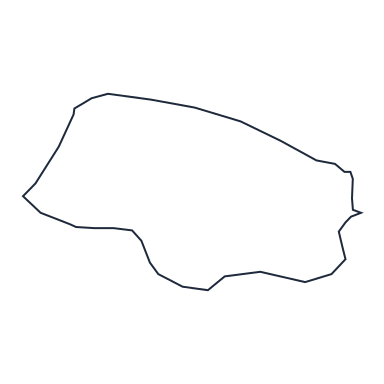 map outline of Vrapcište (Robinson projection)
{"feature_id": "MKD-2959", "entity_name": "Vrapcište", "entity_type": "Statistical Region", "adm_level": 1, "iso_a3": "MKD", "parent_name": "North Macedonia", "parent_adm1": "", "projection": "robinson", "projection_center": [20.847, 41.862], "detail": "fine", "context": "isolated", "style": "outline", "palette": "slate", "viewbox_px": 384, "rotation_deg": 0, "n_neighbors": 0, "source": "natural_earth", "source_scale": "10m", "svg_char_len": 593}
<svg xmlns="http://www.w3.org/2000/svg" viewBox="0 0 384 384"><path d="M23.0,196.2L35.5,183.4L58.8,146.6L73.6,114.4L74.4,108.5L91.7,98.2L107.9,93.8L150.8,99.6L194.8,107.6L240.6,121.4L280.8,140.9L316.4,160.4L335.0,163.9L344.5,171.9L350.4,171.9L352.8,178.8L352.0,198.3L352.9,209.8L361.0,212.8L351.0,216.7L345.5,222.4L338.8,231.6L342.6,247.7L345.5,259.2L331.5,274.1L305.1,282.1L260.3,271.8L224.7,276.4L207.9,290.2L182.6,286.7L158.3,274.1L149.9,262.6L141.4,240.8L132.1,230.4L113.3,228.1L93.8,228.1L76.0,227.0L70.1,224.3L40.6,212.8L23.0,196.2Z" fill="none" stroke="#1e293b" stroke-width="2"/></svg>